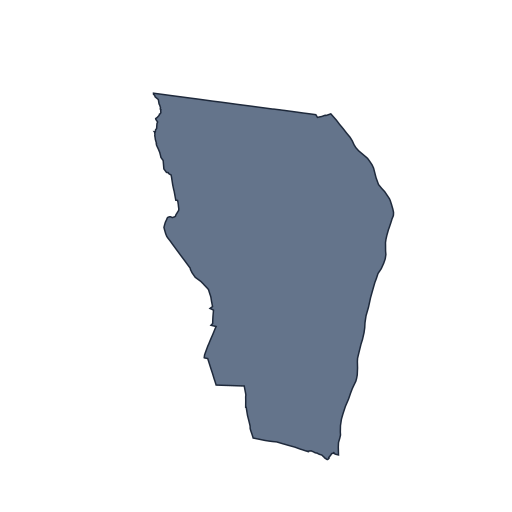 Dignājas pag., Jekabpils, Latvia, rotated 29°
{"feature_id": "27541924B5216902390969", "entity_name": "Dignājas pag.", "entity_type": "district", "adm_level": 2, "iso_a3": "LVA", "parent_name": "Latvia", "parent_adm1": "Jekabpils", "projection": "equal_earth", "projection_center": [26.111, 56.337], "detail": "fine", "context": "isolated", "style": "filled", "palette": "slate", "viewbox_px": 512, "rotation_deg": 29, "n_neighbors": 0, "source": "geoboundaries", "source_scale": "gbopen_adm2", "svg_char_len": 5626}
<svg xmlns="http://www.w3.org/2000/svg" viewBox="0 0 512 512"><g transform="rotate(29 256 256)"><path d="M341.8,416.6L342.0,416.5L347.7,414.7L353.5,412.9L356.4,411.8L356.5,411.8L359.3,410.7L361.0,410.0L364.1,408.6L367.3,407.9L371.4,407.0L371.6,406.9L373.5,406.5L376.1,405.9L382.7,404.3L388.6,403.4L390.3,403.0L394.2,402.3L395.0,402.1L395.0,401.9L395.3,401.8L395.5,401.8L396.0,401.9L396.3,401.9L396.5,401.9L396.8,401.7L396.7,401.4L396.8,401.2L396.9,400.9L396.9,400.7L397.1,400.6L397.4,400.5L397.7,400.4L397.9,400.4L398.4,399.8L398.5,399.7L399.0,399.6L399.3,399.6L399.8,399.7L400.1,399.6L400.5,399.5L400.8,399.4L401.1,399.4L401.5,399.4L402.3,399.5L402.7,399.4L403.0,399.4L403.4,399.3L403.7,399.3L403.9,399.2L404.1,399.1L404.3,399.0L404.5,399.0L404.6,398.9L404.8,398.8L405.0,398.8L405.4,398.7L405.6,398.7L405.7,398.8L405.9,398.8L406.2,398.8L406.3,398.8L406.5,398.8L406.8,398.8L407.0,398.8L407.2,398.7L407.5,398.7L407.9,398.6L408.3,398.6L409.3,398.3L409.7,398.2L409.8,398.2L410.7,398.3L411.9,398.7L413.3,399.0L413.8,399.3L414.7,399.4L415.1,399.2L415.6,399.5L416.2,399.5L417.0,399.5L417.3,399.2L417.6,398.7L417.7,398.3L417.8,397.8L417.9,397.6L417.9,397.4L417.3,397.0L417.3,396.7L417.4,396.4L417.6,396.1L417.7,395.5L417.7,395.1L417.7,394.9L417.7,394.6L417.8,394.1L417.9,393.9L418.0,393.6L417.9,393.0L417.9,392.3L418.2,391.8L418.7,391.6L419.0,391.2L419.2,390.7L419.1,390.4L419.3,390.2L419.5,390.2L419.6,390.3L419.9,390.8L420.2,390.9L420.6,390.9L422.1,390.7L424.6,390.0L420.6,383.2L418.6,379.2L417.6,374.8L416.7,371.6L415.1,369.1L412.1,363.4L409.8,357.2L408.6,352.0L407.1,344.2L406.3,336.2L405.2,330.1L404.5,325.2L404.3,322.2L404.0,317.0L403.3,314.2L402.2,310.9L399.1,304.7L395.8,299.1L394.4,296.2L393.1,291.5L390.6,282.3L389.6,277.4L387.7,270.8L385.9,266.1L383.7,261.6L381.2,254.9L379.2,246.2L376.4,236.9L374.8,230.2L372.8,221.6L372.2,217.4L371.2,212.2L371.7,206.4L371.2,200.4L370.4,195.8L369.0,192.1L368.9,191.8L366.9,188.8L363.8,183.3L362.8,181.6L361.6,178.5L360.4,174.4L359.0,168.4L358.9,167.5L357.9,162.0L357.4,159.5L357.0,157.7L356.6,154.2L356.0,152.8L355.1,151.1L352.9,148.6L349.6,145.3L346.5,142.4L344.9,141.2L337.3,137.3L333.0,135.9L328.5,134.1L323.0,129.3L316.2,122.1L313.3,120.0L309.6,118.1L306.2,116.5L294.6,114.2L290.7,112.8L287.7,111.1L284.5,108.7L280.6,106.5L275.4,104.5L270.8,102.5L265.1,100.3L260.4,98.2L252.5,95.4L250.3,97.9L250.2,98.0L249.2,99.1L248.7,99.4L248.3,99.3L247.1,100.7L245.9,102.1L244.2,103.5L242.6,105.0L241.2,104.2L239.8,103.4L235.4,105.1L231.1,106.8L227.9,108.1L224.7,109.3L224.0,109.6L222.6,110.1L220.6,110.9L217.7,112.0L213.9,113.5L211.3,114.5L210.0,115.0L209.1,115.4L207.3,116.1L206.2,116.5L205.0,117.0L202.3,118.1L200.5,118.8L199.6,119.3L193.7,121.6L185.8,124.7L180.1,126.9L171.3,130.4L165.0,132.9L157.2,135.9L150.8,138.4L143.4,141.4L136.4,144.1L127.1,147.7L121.6,149.9L114.2,152.8L109.4,154.7L106.6,155.8L102.8,157.3L97.1,159.5L90.0,162.3L87.4,163.3L87.9,164.2L89.6,164.7L90.6,165.7L94.7,166.5L97.5,170.0L98.6,170.7L100.5,172.5L101.0,173.9L101.9,174.1L102.2,175.1L103.3,176.8L103.3,178.0L102.8,178.7L103.1,180.0L102.4,182.8L101.6,184.4L102.2,185.1L105.0,186.5L105.1,187.4L105.2,188.2L106.8,191.7L107.2,192.4L107.2,193.2L107.0,194.4L107.2,194.9L107.5,195.5L107.8,196.2L106.8,196.6L107.5,196.9L107.7,197.5L108.5,198.4L109.1,199.8L110.4,201.4L111.5,202.9L114.4,205.8L114.3,206.1L115.3,207.3L116.9,208.5L118.6,209.7L120.1,210.9L121.6,212.1L123.4,214.0L125.1,215.9L128.5,217.5L133.2,224.5L137.2,226.3L138.8,225.6L139.0,225.9L139.2,226.0L139.6,226.1L140.1,226.3L140.5,226.3L141.4,226.3L142.1,226.3L142.3,226.3L142.5,226.3L144.3,228.5L148.7,234.2L151.9,237.9L152.9,238.9L158.8,246.1L160.2,245.5L160.4,245.4L161.4,246.5L161.7,246.8L162.1,247.4L162.4,247.8L162.9,248.4L164.0,250.0L164.8,251.1L165.5,252.0L166.1,253.2L166.2,253.4L166.2,253.7L166.2,254.9L166.1,256.0L166.1,256.9L166.0,258.2L166.0,258.5L166.0,259.0L166.1,259.6L166.2,259.9L166.3,260.3L166.2,260.5L165.8,261.2L165.3,261.8L164.8,262.2L164.5,262.7L164.2,262.9L164.1,263.0L163.9,263.0L162.4,263.1L162.1,263.2L161.8,263.3L161.5,263.5L161.2,263.8L160.6,264.4L160.5,264.6L160.0,265.2L160.0,265.3L160.0,265.6L160.0,266.3L160.2,267.5L160.3,269.9L160.5,271.1L161.0,273.3L161.5,275.2L161.6,275.6L162.9,277.0L164.2,278.3L166.3,280.4L167.1,281.0L167.9,281.7L168.6,282.2L170.4,283.1L173.3,284.3L177.1,286.1L183.6,289.1L191.7,292.8L196.2,294.8L200.1,296.6L202.3,297.6L204.3,298.5L205.0,299.3L205.5,299.8L206.0,300.1L208.1,301.6L210.1,302.6L212.8,303.9L212.9,304.0L213.2,304.1L216.4,304.5L219.5,304.9L220.1,305.0L220.6,305.1L221.5,305.4L223.3,305.9L225.0,306.5L229.2,307.8L230.2,308.2L230.4,308.3L230.7,308.4L234.4,311.9L234.9,312.3L236.6,314.0L237.2,314.8L239.4,317.6L239.6,317.8L241.1,319.6L242.3,321.0L242.5,321.3L242.4,321.6L241.5,323.4L241.2,324.2L243.2,324.0L245.1,324.0L247.6,329.6L249.6,333.7L250.7,335.8L250.8,336.1L250.3,338.0L250.2,338.4L252.8,337.7L255.3,337.0L255.5,339.6L255.9,342.8L256.1,344.5L256.4,347.3L256.5,348.9L256.6,349.4L256.7,350.9L256.7,351.0L256.8,351.1L256.9,352.2L256.9,352.7L257.0,353.2L257.1,354.1L257.3,355.6L257.4,357.0L257.5,358.3L257.6,358.8L257.8,360.1L258.0,361.3L258.0,361.5L258.5,364.5L258.5,364.8L258.7,365.7L258.8,366.4L259.0,367.5L259.5,368.8L260.0,370.1L260.3,370.1L261.9,369.6L263.5,369.1L267.4,372.8L271.2,376.4L275.0,379.9L278.7,383.5L281.2,385.8L283.7,388.2L290.0,385.0L296.2,381.8L302.5,378.6L308.7,375.4L311.2,378.4L313.7,381.4L314.0,381.8L314.3,382.2L314.4,382.3L314.5,382.4L314.9,383.4L315.3,384.3L317.2,387.6L320.3,393.3L320.8,393.1L325.8,399.5L330.4,404.4L333.3,407.6L334.6,409.8L336.1,411.3L336.3,411.5L337.3,412.4L339.4,414.3L341.8,416.6Z" fill="#64748b" stroke="#1e293b" stroke-width="1.5"/></g></svg>